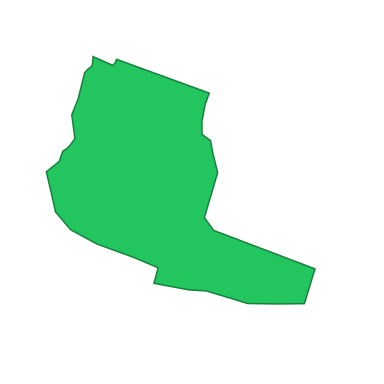 the border of Nakapiripirit, rotated 110°
{"feature_id": "UGA-3128", "entity_name": "Nakapiripirit", "entity_type": "District", "adm_level": 1, "iso_a3": "UGA", "parent_name": "Uganda", "parent_adm1": "", "projection": "albers", "projection_center": [34.525, 2.013], "detail": "fine", "context": "isolated", "style": "filled", "palette": "green", "viewbox_px": 384, "rotation_deg": 110, "n_neighbors": 0, "source": "natural_earth", "source_scale": "10m", "svg_char_len": 644}
<svg xmlns="http://www.w3.org/2000/svg" viewBox="0 0 384 384"><g transform="rotate(110 192 192)"><path d="M203.0,327.4L197.6,327.2L194.2,324.6L190.0,322.6L181.8,320.3L160.6,331.4L143.7,330.8L116.6,333.7L112.2,331.8L108.1,329.1L103.3,329.8L98.6,331.3L100.1,309.7L97.1,308.5L93.1,308.2L93.2,209.6L105.2,209.6L122.7,206.7L134.4,202.3L137.4,192.1L147.6,186.2L165.1,174.5L211.9,171.6L220.7,158.4L222.2,50.1L258.5,48.2L267.5,72.1L277.7,101.4L280.1,144.7L285.0,161.4L290.9,196.5L274.8,197.9L273.4,224.3L273.4,263.8L269.0,293.1L257.3,313.5L241.2,323.8L222.8,335.8L208.5,327.1L203.0,327.4Z" fill="#22c55e" stroke="#15803d" stroke-width="1.5"/></g></svg>